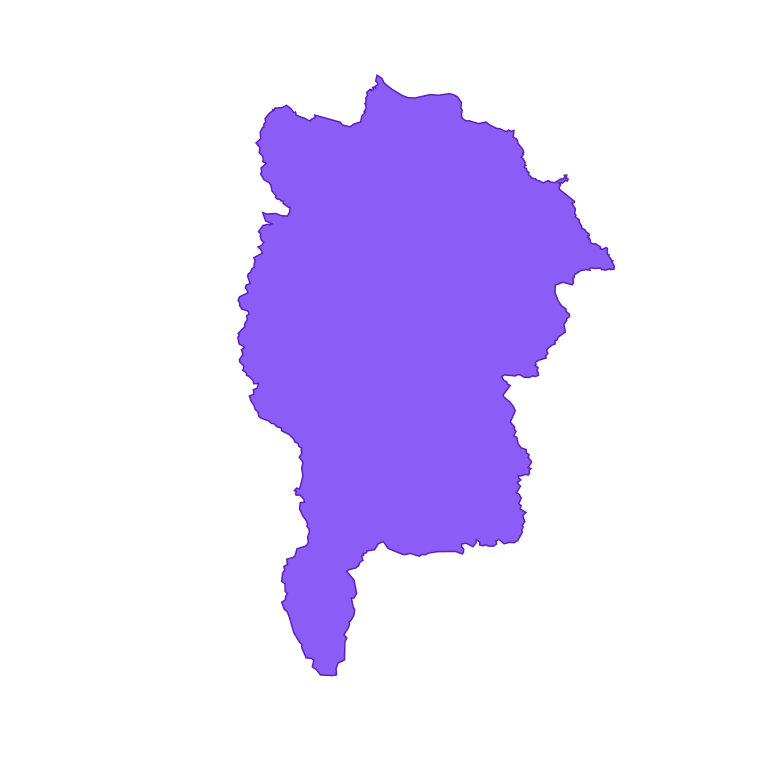 outline of Santa Ana, Manabi, Ecuador, rotated 286°
{"feature_id": "8360857B69594621756810", "entity_name": "Santa Ana", "entity_type": "district", "adm_level": 2, "iso_a3": "ECU", "parent_name": "Ecuador", "parent_adm1": "Manabi", "projection": "equal_earth", "projection_center": [-80.204, -1.195], "detail": "fine", "context": "isolated", "style": "filled", "palette": "violet", "viewbox_px": 768, "rotation_deg": 286, "n_neighbors": 0, "source": "geoboundaries", "source_scale": "gbopen_adm2", "svg_char_len": 6163}
<svg xmlns="http://www.w3.org/2000/svg" viewBox="0 0 768 768"><g transform="rotate(286 384 384)"><path d="M343.2,548.6L343.5,545.6L349.2,547.3L350.5,546.8L352.9,542.8L355.9,543.1L357.3,539.6L360.2,538.6L360.4,533.5L363.5,529.4L369.4,526.3L370.0,523.0L374.9,524.0L376.4,521.8L378.6,521.4L382.3,515.9L394.3,517.6L397.9,514.7L401.6,509.7L404.3,503.2L406.1,501.5L417.4,505.7L418.1,502.2L419.7,501.7L420.7,497.9L423.7,495.1L425.9,497.2L428.0,508.2L429.4,509.2L430.4,512.3L429.1,516.6L430.3,521.8L432.6,524.4L433.0,527.6L434.9,530.1L437.4,529.2L438.7,527.5L442.2,527.5L443.5,524.0L444.8,524.8L446.4,523.5L449.6,526.3L453.7,532.8L455.4,531.6L458.6,533.1L460.8,531.3L463.5,531.6L468.2,535.2L469.6,537.5L472.9,536.4L473.9,538.2L477.0,538.5L484.0,544.0L490.9,540.5L495.7,542.1L497.2,541.6L499.8,543.7L502.2,543.1L503.7,539.4L506.4,538.1L507.9,533.4L511.6,528.8L518.8,523.3L526.2,521.4L531.1,527.9L531.2,537.6L533.5,538.3L537.7,536.4L538.6,537.4L541.6,537.0L547.3,542.0L549.5,546.2L550.2,550.7L551.7,549.9L552.7,550.9L553.2,555.1L555.1,560.3L554.0,561.6L554.6,565.8L556.7,569.0L556.4,570.2L557.9,573.5L561.0,572.7L564.3,569.5L565.4,570.1L565.4,568.6L567.4,567.1L567.8,565.6L570.4,564.6L570.1,563.0L575.9,561.4L576.4,559.8L573.6,556.8L573.8,554.8L575.3,554.4L577.1,548.9L576.3,546.0L576.7,543.7L579.7,542.2L579.7,541.0L580.7,541.2L581.4,539.2L582.5,539.1L583.1,540.6L584.9,539.6L586.1,536.1L587.8,534.5L588.3,531.0L589.9,530.7L593.5,527.0L595.6,526.5L597.4,521.6L598.9,522.1L600.7,520.3L605.3,519.6L609.4,514.8L610.9,516.9L612.0,516.8L619.4,499.2L621.3,498.0L624.0,498.9L625.4,496.8L625.5,498.3L626.5,498.7L626.2,499.9L629.4,502.2L629.7,504.4L631.8,504.5L631.7,502.7L635.2,502.1L634.3,499.8L633.2,500.7L630.5,500.0L629.8,497.3L624.7,492.8L623.9,487.5L624.8,486.7L624.7,485.5L621.1,481.5L622.0,478.0L621.9,474.7L623.0,473.2L622.7,468.3L623.7,468.1L625.4,464.9L627.3,465.2L627.8,462.9L630.4,461.4L630.8,459.3L632.1,458.9L633.2,460.1L633.6,459.0L636.0,458.4L638.8,455.8L639.7,453.6L643.4,454.8L643.9,453.7L645.2,454.5L647.6,452.9L652.0,446.8L655.7,444.5L657.1,440.1L663.6,439.1L661.9,436.7L662.4,433.6L660.9,432.7L660.4,430.6L661.4,424.6L660.7,422.4L662.1,414.2L663.9,409.8L660.4,403.2L660.5,393.4L659.5,390.1L661.0,386.1L663.8,384.2L668.6,383.7L670.2,381.9L675.9,380.8L680.3,375.4L681.2,371.5L681.1,366.8L676.5,356.6L675.0,348.7L667.5,335.0L665.8,328.3L666.4,321.7L669.5,310.4L673.1,301.4L677.2,297.8L678.9,292.2L672.8,292.5L671.8,294.7L669.8,295.7L668.4,293.8L666.4,294.2L666.9,292.7L665.9,291.3L664.4,292.9L662.6,291.1L662.6,290.2L663.6,290.3L663.3,289.3L659.5,287.0L656.6,288.6L653.9,287.7L649.9,289.1L648.1,288.2L647.8,289.4L643.9,290.8L641.1,290.1L640.3,290.9L640.0,289.9L638.9,290.7L635.2,288.8L629.5,289.3L625.8,283.7L621.9,280.4L621.5,272.6L623.6,269.8L623.4,243.4L621.2,244.4L618.2,240.9L616.6,240.9L616.4,239.1L617.5,235.1L618.1,225.7L621.0,223.9L620.0,222.7L623.0,218.5L625.0,213.5L621.5,209.7L619.2,203.1L617.1,203.0L617.1,201.2L615.8,201.9L613.6,199.7L606.5,196.5L603.0,198.1L601.0,196.9L597.8,197.6L597.0,196.6L591.9,195.6L585.7,197.9L580.5,194.5L577.1,199.5L571.9,200.3L569.5,204.6L566.0,206.4L564.6,205.9L564.0,207.2L564.5,208.7L563.6,210.0L557.6,206.2L554.8,207.9L551.9,207.5L547.3,212.4L545.8,218.2L543.7,220.6L538.7,223.1L535.4,228.2L533.9,228.0L532.3,230.1L532.8,232.9L531.6,234.4L532.1,236.9L529.9,237.1L527.4,243.8L527.8,244.9L523.5,245.9L518.8,244.9L517.5,239.0L518.1,233.0L515.0,224.4L515.4,220.1L508.3,225.1L507.0,232.1L505.7,230.9L505.2,227.8L503.1,224.1L495.8,221.3L494.4,224.2L492.0,224.3L488.7,226.3L487.1,229.2L483.5,228.3L481.0,225.1L479.3,228.5L476.2,231.1L469.5,224.0L467.3,225.9L461.9,226.4L461.0,227.3L457.9,225.1L454.7,225.0L452.9,223.4L450.3,223.0L443.7,227.7L441.1,224.3L438.2,224.2L436.2,226.9L434.0,227.9L428.0,221.1L424.1,220.7L422.2,223.0L419.5,223.6L416.9,226.7L416.6,233.0L414.2,235.2L411.7,233.1L408.4,234.8L403.1,233.5L400.8,234.4L392.3,229.8L390.7,231.4L388.8,230.6L383.3,233.2L382.4,234.2L381.5,238.8L380.4,239.8L377.8,237.4L373.6,240.4L367.7,238.3L365.5,239.1L363.1,243.6L361.1,244.7L358.1,244.4L357.0,248.3L354.5,249.5L354.0,252.4L351.3,257.2L348.3,258.7L349.9,263.3L344.9,263.2L342.5,259.9L338.5,261.7L335.3,257.9L330.3,261.5L327.9,264.7L324.0,267.2L322.4,270.5L318.6,272.4L317.3,275.1L316.8,283.1L315.2,286.6L315.4,289.3L313.4,292.9L313.5,297.4L310.7,298.7L309.3,306.9L306.2,312.5L303.7,314.1L303.2,317.6L300.5,319.7L299.6,322.7L297.7,322.5L294.5,324.1L290.3,322.7L286.5,327.8L280.7,328.0L273.1,331.4L260.0,331.8L259.8,328.6L256.8,327.2L256.7,329.5L254.3,329.1L252.9,330.3L254.1,333.8L251.4,338.4L248.4,340.2L246.9,336.2L240.6,337.3L234.8,342.3L231.0,347.2L228.7,348.9L226.1,349.1L223.5,352.2L220.3,353.2L215.9,352.7L210.9,355.0L207.0,353.9L201.7,345.8L194.1,345.8L191.9,344.1L188.9,338.9L183.9,340.9L180.9,338.0L177.8,339.9L174.7,338.7L166.1,339.9L164.7,343.9L157.3,346.2L155.5,349.1L152.9,348.0L149.6,348.7L146.0,345.8L140.0,350.2L138.5,353.6L135.0,356.5L120.0,365.9L112.2,374.4L111.4,376.4L107.5,377.9L99.2,384.7L100.3,389.3L99.2,392.7L92.4,393.0L90.7,397.9L86.8,403.2L89.6,415.0L91.2,418.5L97.2,416.4L103.1,416.7L107.9,422.1L125.2,417.5L129.7,418.2L131.1,415.5L132.7,414.8L140.2,417.0L144.0,417.0L145.7,415.8L147.6,417.4L153.4,418.8L158.9,418.1L161.4,415.7L169.2,411.7L170.0,414.1L175.2,415.4L187.3,409.2L193.7,399.6L196.4,402.2L199.3,407.5L202.5,409.7L206.2,410.0L208.6,412.4L212.1,410.0L213.9,411.7L215.2,410.8L216.9,413.6L218.9,413.7L222.2,420.7L228.4,422.3L231.7,425.7L232.0,427.3L227.1,433.3L225.4,448.3L225.7,451.1L228.4,455.7L228.2,465.5L230.4,467.2L231.3,470.8L233.8,473.5L237.6,481.6L242.8,499.1L242.2,506.0L243.7,506.8L247.4,506.1L248.8,503.5L251.7,502.9L253.6,506.7L252.1,514.4L256.5,516.2L259.8,515.7L258.4,519.6L255.6,520.4L255.8,524.0L257.4,525.9L257.0,528.9L258.2,533.8L261.2,536.3L264.2,535.0L266.3,537.5L263.5,543.4L266.4,548.4L267.3,552.8L270.5,555.7L279.6,557.8L281.8,556.7L284.9,557.2L286.1,555.9L290.6,557.3L295.7,553.5L299.7,555.9L301.4,549.2L304.8,549.4L306.1,546.5L312.4,547.3L315.3,544.1L315.7,541.3L323.4,543.3L325.7,539.1L329.5,542.0L330.7,539.6L332.6,538.4L333.7,541.7L336.0,544.6L336.2,547.8L338.3,548.5L341.0,547.2L343.2,548.6Z" fill="#8b5cf6" stroke="#5b21b6" stroke-width="1.5"/></g></svg>